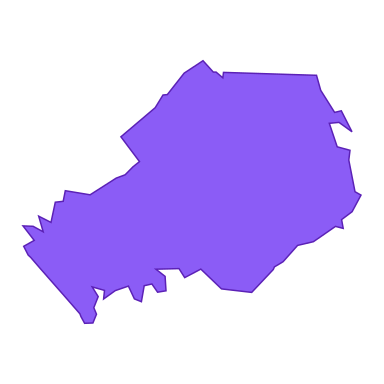 outline of Knox, Tennessee, United States of America
{"feature_id": "52423323B15791543684025", "entity_name": "Knox", "entity_type": "district", "adm_level": 2, "iso_a3": "USA", "parent_name": "United States of America", "parent_adm1": "Tennessee", "projection": "mercator", "projection_center": [-83.983, 35.991], "detail": "fine", "context": "isolated", "style": "filled", "palette": "violet", "viewbox_px": 384, "rotation_deg": 0, "n_neighbors": 0, "source": "geoboundaries", "source_scale": "gbopen_adm2", "svg_char_len": 1021}
<svg xmlns="http://www.w3.org/2000/svg" viewBox="0 0 384 384"><path d="M203.0,60.7L184.2,73.1L167.3,94.6L163.0,95.0L155.2,107.7L120.9,136.8L139.5,161.6L133.2,166.6L125.1,174.8L116.2,178.1L90.1,194.8L65.3,190.7L63.2,201.3L55.3,202.2L51.0,222.4L38.7,216.2L43.2,231.8L33.1,226.3L23.0,225.9L34.2,240.4L23.7,246.3L28.2,255.1L30.6,257.3L40.5,268.8L65.2,296.9L79.9,313.8L81.0,316.7L84.6,323.3L92.9,323.0L96.5,314.2L93.8,307.7L98.2,296.6L92.2,286.9L104.5,290.4L103.6,299.0L115.3,290.6L128.4,286.1L134.4,298.9L141.4,301.7L144.2,285.7L151.9,284.0L157.6,292.2L166.0,290.8L165.1,276.4L155.9,269.2L179.0,268.6L184.7,277.6L200.8,269.1L221.5,288.9L251.7,292.4L273.3,269.5L274.4,266.9L283.1,261.7L297.6,245.4L313.4,241.7L335.5,226.4L343.2,228.4L341.6,219.6L352.1,211.7L361.0,195.1L355.0,191.7L348.8,160.1L350.0,150.3L337.2,146.8L329.3,123.3L339.0,122.4L352.0,131.8L341.3,110.8L334.6,112.4L320.7,90.3L316.5,75.3L287.0,74.4L223.5,72.4L222.8,77.8L216.1,72.1L213.3,72.1L203.0,60.7Z" fill="#8b5cf6" stroke="#5b21b6" stroke-width="1.5"/></svg>